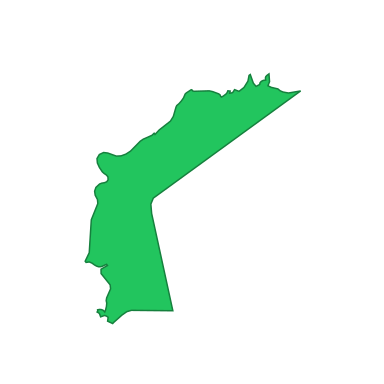 SVG path tracing the border of Mindoro Oriental, rotated 234°
{"feature_id": "PHL-2571", "entity_name": "Mindoro Oriental", "entity_type": "Province", "adm_level": 1, "iso_a3": "PHL", "parent_name": "Philippines", "parent_adm1": "", "projection": "mercator", "projection_center": [121.298, 12.875], "detail": "fine", "context": "isolated", "style": "filled", "palette": "green", "viewbox_px": 384, "rotation_deg": 234, "n_neighbors": 0, "source": "natural_earth", "source_scale": "10m", "svg_char_len": 1699}
<svg xmlns="http://www.w3.org/2000/svg" viewBox="0 0 384 384"><g transform="rotate(234 192 192)"><path d="M132.2,50.5L137.1,47.8L139.9,50.5L141.8,49.9L143.5,48.7L144.7,44.7L147.8,45.6L148.8,45.5L150.7,44.7L150.9,45.6L152.2,46.4L151.2,48.4L149.9,49.8L148.3,50.7L146.2,50.9L147.5,52.9L149.7,55.5L152.2,57.7L154.5,58.7L156.5,60.7L161.5,69.2L165.0,71.2L179.4,70.5L183.0,73.0L182.2,80.4L183.7,80.4L184.1,79.0L184.7,75.5L185.2,74.2L186.1,72.9L186.5,72.4L188.2,71.2L190.4,70.2L193.2,69.3L195.8,67.8L197.3,64.9L198.8,64.9L203.3,73.2L228.7,94.2L238.0,109.0L241.5,111.1L246.3,111.8L249.9,113.7L252.2,117.0L252.8,121.9L252.2,124.2L251.0,126.6L250.4,129.0L251.2,131.3L253.7,132.9L256.2,132.7L258.6,131.8L261.0,131.3L266.2,131.5L271.1,132.5L274.9,134.8L276.8,139.1L275.9,143.7L273.0,146.8L265.5,151.9L262.9,155.9L261.5,160.8L261.2,166.2L263.5,180.0L263.4,183.6L261.4,192.9L261.8,195.9L260.3,195.9L261.5,202.1L262.0,216.2L264.1,221.3L270.1,229.0L270.9,230.5L271.1,233.3L271.9,236.9L273.1,240.4L275.3,244.1L275.5,245.7L275.2,251.5L274.5,252.0L273.5,251.9L272.3,252.8L263.7,265.4L261.1,267.7L255.7,271.3L254.0,271.8L252.5,271.4L251.5,271.6L251.2,273.7L251.3,277.4L251.8,278.9L252.8,280.5L251.2,282.2L249.8,280.5L249.0,282.0L248.6,283.2L248.9,284.5L249.8,286.6L245.8,289.2L246.0,295.5L248.8,302.4L252.8,306.7L252.8,308.2L244.0,305.6L239.8,305.9L239.2,309.9L240.4,311.3L240.8,313.1L240.4,315.3L239.2,317.4L241.1,318.4L242.0,319.6L242.3,321.3L242.3,323.7L235.7,319.6L233.3,315.9L230.1,317.6L224.9,322.1L222.1,322.8L219.4,324.4L215.4,328.2L209.9,339.3L209.8,157.1L206.4,151.6L198.3,146.7L107.2,106.7L131.9,73.4L133.5,68.9L133.6,63.0L132.5,51.9L132.2,50.5Z" fill="#22c55e" stroke="#15803d" stroke-width="1.5"/></g></svg>